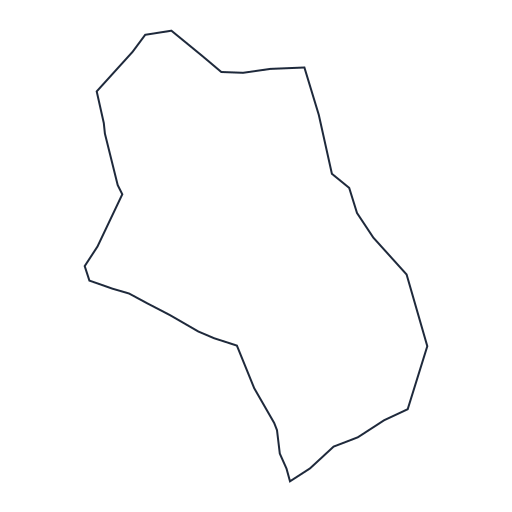 the district of Tu'vshinshiree, Sühbaatar, Mongolia
{"feature_id": "93677404B92890816009325", "entity_name": "Tu'vshinshiree", "entity_type": "district", "adm_level": 2, "iso_a3": "MNG", "parent_name": "Mongolia", "parent_adm1": "Sühbaatar", "projection": "natural_earth1", "projection_center": [111.655, 46.29], "detail": "fine", "context": "isolated", "style": "outline", "palette": "slate", "viewbox_px": 512, "rotation_deg": 0, "n_neighbors": 0, "source": "geoboundaries", "source_scale": "gbopen_adm2", "svg_char_len": 630}
<svg xmlns="http://www.w3.org/2000/svg" viewBox="0 0 512 512"><path d="M427.3,346.2L406.6,274.5L373.3,237.6L357.0,213.0L349.2,187.9L331.9,173.8L318.8,114.9L304.4,67.5L270.3,68.9L243.1,72.8L221.3,72.0L202.3,56.0L171.4,30.7L145.2,34.8L132.6,51.8L96.7,91.4L103.8,123.1L104.9,133.6L117.7,185.1L122.3,194.3L97.5,246.5L84.7,266.1L89.4,280.6L112.5,288.7L129.0,293.5L147.0,303.2L170.1,315.2L198.3,331.5L214.0,338.2L236.9,345.6L246.6,369.5L254.2,388.2L274.2,423.0L277.0,430.2L279.8,453.6L286.5,468.6L290.0,481.3L310.0,468.4L333.6,446.6L357.8,437.3L384.2,420.2L407.7,409.2L427.3,346.2Z" fill="none" stroke="#1e293b" stroke-width="2"/></svg>